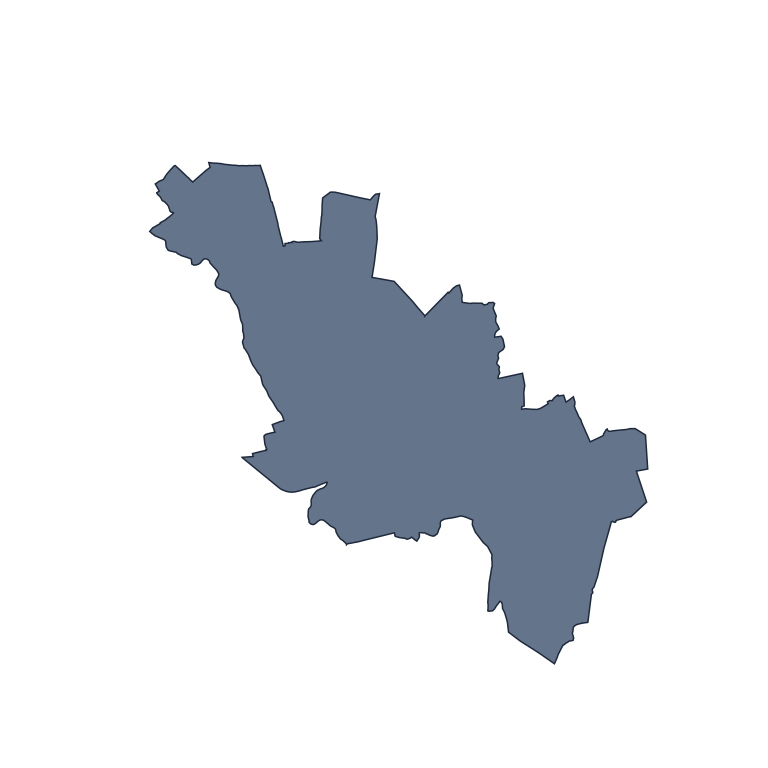 Targoviste, Dâmbovita, Romania, rotated 213°
{"feature_id": "2599482B69796081366270", "entity_name": "Targoviste", "entity_type": "district", "adm_level": 2, "iso_a3": "ROU", "parent_name": "Romania", "parent_adm1": "Dâmbovita", "projection": "orthographic", "projection_center": [25.462, 44.919], "detail": "fine", "context": "isolated", "style": "filled", "palette": "slate", "viewbox_px": 768, "rotation_deg": 213, "n_neighbors": 0, "source": "geoboundaries", "source_scale": "gbopen_adm2", "svg_char_len": 6112}
<svg xmlns="http://www.w3.org/2000/svg" viewBox="0 0 768 768"><g transform="rotate(213 384 384)"><path d="M663.6,384.4L661.3,384.0L656.8,383.6L647.3,385.3L645.4,385.2L644.2,384.0L643.2,382.6L641.0,380.1L637.8,378.6L635.3,379.3L630.0,381.3L628.2,380.9L623.4,381.4L620.0,382.4L614.2,383.8L613.3,383.4L610.6,380.0L608.4,380.1L606.4,381.5L604.8,383.5L603.8,386.0L603.7,388.2L603.0,390.9L601.2,392.2L599.0,392.4L597.3,392.0L595.9,390.8L590.8,389.4L586.2,388.3L582.7,386.5L581.7,384.8L581.4,379.4L580.5,376.7L579.1,375.0L576.9,374.1L573.9,374.2L571.5,374.6L566.3,376.1L564.1,376.3L562.1,376.0L560.5,374.6L558.3,373.3L552.5,370.5L550.2,369.8L545.9,366.9L543.4,364.2L539.2,359.8L534.9,356.8L531.3,351.5L530.7,350.8L529.7,350.2L526.5,346.3L525.9,343.1L525.3,341.8L520.8,337.9L519.5,337.6L513.7,334.9L508.2,330.8L504.6,328.6L497.5,325.6L496.4,324.9L491.7,323.5L485.9,317.9L484.4,316.9L478.8,314.5L473.9,311.1L467.0,308.2L460.8,305.1L458.4,304.0L456.3,303.8L453.5,302.8L451.5,301.7L448.1,298.9L448.5,298.1L450.2,296.4L455.6,289.1L449.2,284.1L451.1,282.4L454.8,278.5L456.0,276.9L456.1,275.4L456.3,274.9L451.4,269.0L449.8,267.6L446.6,265.2L447.3,264.4L446.8,264.0L449.7,261.2L456.4,254.0L454.1,252.0L463.1,245.2L462.6,245.0L415.3,239.8L413.6,239.7L411.8,239.8L407.2,240.8L404.5,241.9L403.1,242.7L401.0,244.1L399.4,245.5L396.2,248.9L394.8,250.7L388.2,257.9L385.6,260.3L383.3,263.9L379.0,270.0L378.2,270.5L377.7,269.3L377.3,268.1L377.5,266.3L377.9,264.8L378.8,263.1L380.6,260.9L382.0,258.5L382.4,257.0L382.9,252.4L382.7,250.7L382.3,248.2L381.8,246.8L379.5,243.5L378.9,242.4L378.7,240.8L379.1,238.0L378.5,236.5L375.4,231.3L372.4,228.5L371.6,227.3L369.8,226.8L368.8,226.8L367.4,227.2L366.1,228.3L365.1,231.0L364.4,233.5L363.9,234.5L363.1,235.6L361.6,236.5L359.8,236.9L351.5,235.8L349.6,236.0L347.2,236.2L345.7,235.9L343.2,233.5L339.7,231.6L336.0,230.3L333.6,230.4L329.2,229.6L328.2,229.2L327.9,228.8L327.6,230.1L319.9,237.4L317.0,240.6L294.3,264.8L293.9,264.7L292.0,262.5L291.6,262.4L287.7,263.5L282.1,266.1L280.6,266.2L280.0,266.5L279.6,266.9L277.9,269.2L277.3,270.7L274.0,270.2L270.9,270.1L270.9,273.4L271.1,275.0L271.9,276.5L272.6,277.3L272.9,277.4L273.2,277.7L273.3,278.4L273.0,278.9L269.8,280.6L269.2,281.1L268.2,281.4L267.1,281.3L266.4,281.7L263.5,282.0L260.5,282.9L259.5,283.5L259.1,283.9L259.2,284.4L258.6,284.9L258.2,286.3L257.8,287.1L258.1,289.6L258.6,291.0L258.9,292.5L259.1,294.7L260.0,296.6L260.9,297.6L261.6,299.6L261.6,300.4L259.6,303.8L252.5,310.2L247.8,315.1L245.3,316.2L241.7,317.1L235.5,318.2L234.4,316.0L233.1,313.9L226.9,309.6L214.5,305.1L208.5,304.1L200.4,299.6L198.8,296.7L196.2,293.3L193.9,289.8L193.7,288.7L190.5,281.6L190.4,281.0L189.7,279.7L187.5,274.5L184.0,268.5L181.8,264.2L177.9,257.2L176.8,256.0L176.1,255.0L174.6,252.6L173.4,250.3L172.5,250.4L169.4,252.9L168.8,255.5L168.9,258.9L168.4,264.9L167.4,265.2L165.1,264.0L162.3,260.3L158.2,257.9L152.8,253.3L150.3,250.9L144.4,243.7L129.8,242.6L107.7,242.8L88.7,242.2L89.7,248.4L90.6,252.1L91.7,262.5L90.9,263.4L90.4,265.6L89.2,267.6L88.9,269.0L87.7,270.1L85.8,271.9L86.5,274.2L90.3,277.6L90.9,279.5L92.6,282.8L92.6,284.5L91.3,287.3L87.7,291.2L83.2,295.1L95.5,320.6L95.2,322.6L97.6,325.2L97.3,328.1L100.1,339.0L110.3,366.6L116.2,385.8L118.2,391.9L117.8,393.1L115.5,393.5L114.6,394.2L114.9,395.9L114.1,397.1L105.2,406.9L104.7,407.0L99.4,428.0L124.9,448.4L116.5,456.3L136.9,483.6L149.1,483.4L153.7,480.3L154.9,478.8L158.1,476.1L160.1,474.6L166.3,469.6L167.4,468.5L169.6,466.8L171.6,467.1L172.3,467.8L172.8,466.8L172.6,461.8L172.2,460.7L172.3,459.6L179.6,447.8L196.6,458.9L199.4,461.2L203.0,462.7L206.3,465.0L210.0,467.2L212.6,469.5L212.8,470.8L214.2,473.0L218.2,476.4L219.8,471.9L221.5,467.9L227.2,472.4L231.4,468.8L232.1,469.5L233.0,467.7L233.9,464.2L233.9,461.6L235.9,460.5L237.2,458.0L235.5,456.9L239.5,448.8L241.7,446.1L246.3,443.3L251.7,440.4L254.8,437.8L256.1,439.8L254.5,442.0L257.8,446.9L262.2,453.1L265.2,459.5L273.7,468.4L291.1,450.8L291.4,450.8L292.6,453.2L293.1,456.6L295.5,458.6L296.6,461.3L298.7,461.9L298.9,461.8L300.8,462.6L301.4,465.2L301.9,468.0L304.1,470.0L304.9,472.9L302.9,477.9L303.2,480.9L308.7,486.4L311.8,487.8L316.5,483.6L317.1,484.2L318.2,486.1L318.4,489.3L317.3,492.9L320.6,495.1L323.8,496.7L325.0,498.1L326.1,500.0L326.9,502.2L332.3,505.9L333.8,507.1L335.0,511.7L336.8,511.9L340.5,509.2L340.8,507.2L343.1,504.8L346.0,505.1L347.2,504.2L353.4,500.3L355.9,498.3L362.8,495.1L364.9,497.4L366.8,501.1L374.6,508.1L376.7,505.8L378.1,502.2L379.2,495.6L379.7,495.8L380.2,495.9L386.8,463.2L387.0,463.5L397.2,466.4L405.1,468.9L431.4,475.6L452.1,466.9L458.4,481.0L468.8,502.2L475.8,512.1L479.8,517.0L482.7,519.8L491.5,541.2L492.3,540.3L494.2,538.9L494.3,538.6L494.8,537.3L495.2,535.4L495.5,533.7L495.6,531.7L495.9,530.9L496.2,530.8L506.1,526.9L528.8,518.5L530.1,517.9L532.6,516.3L533.3,515.8L533.5,515.6L536.8,506.6L533.1,499.9L530.4,495.7L528.8,492.9L528.0,491.4L527.5,490.0L524.9,485.3L521.9,479.2L517.1,470.9L514.6,470.1L516.9,468.1L522.3,464.0L529.6,458.9L533.5,455.9L535.9,455.1L537.3,454.5L538.6,453.2L538.2,452.6L540.9,450.6L540.9,450.0L543.5,447.9L542.3,445.9L543.6,444.8L545.5,446.7L548.6,449.5L549.8,450.7L550.6,451.2L559.4,459.5L560.4,460.8L573.0,472.4L575.2,474.0L576.7,475.6L578.1,475.5L587.6,484.6L589.1,485.7L598.5,493.4L606.2,499.4L606.8,500.0L609.4,498.1L611.2,497.1L612.4,496.1L614.5,494.7L616.0,493.9L616.7,493.2L619.3,491.4L620.7,490.7L624.3,488.2L628.3,486.2L629.5,485.4L636.8,481.7L638.2,481.0L640.3,480.3L645.2,477.7L647.6,476.2L651.6,474.3L647.8,470.9L649.5,466.5L654.4,449.2L655.8,449.5L657.8,449.7L660.0,450.4L661.5,450.5L671.5,452.4L678.1,453.5L678.6,453.0L678.8,452.5L679.7,447.6L680.4,442.4L680.5,439.7L680.4,435.5L681.0,434.4L682.4,432.6L682.7,432.0L683.2,431.1L683.8,429.3L684.8,427.2L677.5,423.4L678.8,420.6L678.7,420.4L677.7,420.0L676.9,419.6L675.4,419.5L673.9,419.1L672.8,418.7L670.0,417.1L669.1,417.1L667.9,417.3L666.9,417.2L663.2,416.4L661.3,415.5L657.9,412.7L657.3,412.4L656.5,412.2L653.8,412.9L653.7,412.4L654.4,409.5L655.3,406.8L656.1,404.9L656.5,403.5L656.4,403.1L659.5,397.4L659.1,397.0L659.1,396.6L662.7,389.5L663.0,389.2L663.6,384.4Z" fill="#64748b" stroke="#1e293b" stroke-width="1.5"/></g></svg>